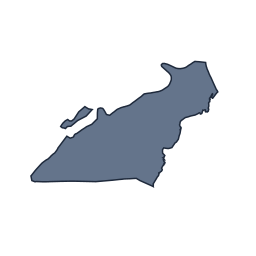 the district of Al Munirah, Al Hudaydah, Yemen, rotated 215°
{"feature_id": "15242507B73593637520404", "entity_name": "Al Munirah", "entity_type": "district", "adm_level": 2, "iso_a3": "YEM", "parent_name": "Yemen", "parent_adm1": "Al Hudaydah", "projection": "natural_earth1", "projection_center": [42.864, 15.354], "detail": "fine", "context": "isolated", "style": "filled", "palette": "slate", "viewbox_px": 256, "rotation_deg": 215, "n_neighbors": 0, "source": "geoboundaries", "source_scale": "gbopen_adm2", "svg_char_len": 5130}
<svg xmlns="http://www.w3.org/2000/svg" viewBox="0 0 256 256"><g transform="rotate(215 128 128)"><path d="M73.7,94.5L74.3,95.1L74.4,95.6L74.6,96.0L75.3,96.5L75.7,102.8L75.9,104.6L75.7,106.5L76.1,107.6L76.5,108.7L76.9,108.7L77.0,108.9L76.6,109.2L76.3,109.8L76.4,110.3L76.1,111.1L75.8,111.7L75.9,113.3L76.3,113.8L77.5,114.4L77.8,117.6L77.6,117.8L77.5,118.0L77.5,118.3L78.0,118.9L78.1,119.8L77.9,119.9L77.6,119.4L77.5,119.5L77.5,119.8L77.6,120.1L78.0,120.8L78.0,121.0L79.3,121.2L79.9,121.6L80.2,121.9L80.6,122.1L80.9,122.7L81.0,122.8L80.9,122.9L80.7,122.8L80.4,122.7L80.2,122.7L80.2,122.8L80.3,122.8L80.2,122.9L80.0,123.0L79.9,123.0L80.0,123.1L79.9,123.4L79.9,123.5L80.0,123.2L80.3,122.9L80.6,122.9L80.9,123.0L81.1,123.2L81.2,123.3L81.3,123.4L81.4,123.5L81.5,123.6L81.8,123.8L82.0,123.8L81.9,123.9L81.7,123.9L81.7,124.0L81.6,123.9L81.5,123.7L81.4,123.7L81.5,123.8L81.7,124.0L81.8,124.3L81.7,124.5L81.9,124.7L81.8,124.8L81.8,125.0L81.8,125.5L82.0,125.9L82.0,126.0L82.1,126.4L82.1,126.6L85.1,127.2L86.2,128.5L87.3,130.1L87.3,132.2L86.2,132.7L84.6,133.5L83.3,134.2L82.0,135.6L81.1,136.8L80.8,137.1L80.9,142.0L80.9,142.8L80.3,144.3L80.3,145.2L80.3,147.7L81.6,150.9L82.3,153.4L83.6,156.2L83.8,156.5L84.0,156.5L84.3,156.4L84.4,156.6L84.2,156.9L84.0,157.1L84.2,157.7L84.4,157.7L84.7,157.9L85.2,157.6L84.8,158.1L84.7,158.2L84.5,158.3L84.9,158.9L85.3,159.0L86.1,159.1L87.6,160.1L87.7,160.8L87.9,161.2L88.5,162.4L88.8,163.4L88.6,164.9L88.2,165.9L87.6,167.9L87.0,169.5L86.1,170.5L85.0,171.8L83.7,173.6L82.0,175.5L80.5,177.1L79.0,179.7L78.3,181.4L77.4,181.5L77.0,181.3L76.7,181.0L76.0,181.8L75.9,182.4L76.0,182.9L76.5,184.0L76.6,184.6L76.6,184.9L76.8,185.4L76.5,185.4L76.4,185.6L76.0,186.3L75.7,186.6L75.5,186.8L75.4,187.0L75.0,187.2L74.8,187.0L74.6,186.7L74.3,186.3L74.1,185.8L73.8,185.7L73.2,186.1L72.7,186.4L72.3,186.9L72.1,186.9L72.1,187.2L71.9,187.9L72.2,188.4L72.4,189.2L72.7,189.8L73.2,190.0L73.7,190.3L74.4,192.4L75.2,193.4L75.8,194.3L76.3,194.6L76.5,195.4L76.1,196.4L76.6,197.3L77.2,197.7L77.1,198.5L77.4,198.6L77.7,198.5L77.9,198.5L78.3,199.3L77.9,200.0L78.1,200.2L78.2,200.5L78.0,201.0L78.3,201.5L78.3,202.6L78.6,203.6L78.6,204.0L78.4,204.5L78.1,204.4L77.8,203.6L77.8,203.2L77.6,202.0L77.3,201.2L76.9,201.1L76.7,201.2L76.4,200.9L75.9,200.8L75.7,201.0L75.5,206.8L75.4,207.8L75.2,209.1L75.8,209.4L76.0,209.5L75.9,209.5L76.0,209.6L76.7,209.9L77.1,210.0L78.1,210.4L79.4,211.2L84.2,214.0L85.5,214.8L89.0,216.9L90.6,217.7L92.5,218.8L94.4,220.1L97.2,221.8L98.4,222.8L99.3,223.4L99.7,223.8L100.0,224.1L100.3,224.4L100.6,224.6L101.2,225.3L102.0,226.2L104.6,224.8L108.4,222.7L108.7,222.5L109.0,222.3L110.0,221.7L111.4,220.9L112.3,218.9L112.5,218.5L112.8,217.5L113.3,216.2L113.8,215.0L114.2,214.2L115.1,211.5L115.9,210.1L117.1,208.6L119.1,206.7L121.1,205.4L123.1,204.5L129.0,203.5L132.1,202.9L135.3,201.7L136.7,200.6L136.9,199.4L136.9,198.7L135.7,197.8L132.7,197.4L129.2,197.0L128.0,196.8L126.9,196.8L125.7,196.5L124.2,196.1L123.1,195.6L122.2,195.0L121.3,194.0L120.1,192.1L119.5,189.6L119.1,187.8L119.1,185.4L119.5,184.0L120.9,180.5L121.1,180.0L121.6,178.7L122.3,177.6L122.9,176.6L124.1,175.1L125.6,173.7L126.3,172.9L127.8,171.5L129.8,169.4L130.8,168.6L132.1,167.4L133.2,166.3L134.3,165.2L134.6,164.2L134.8,163.4L135.2,161.4L136.3,158.4L136.8,156.8L137.6,154.3L137.8,153.7L138.7,151.2L138.9,150.4L139.6,148.2L139.9,147.5L140.1,147.3L141.4,145.5L142.1,144.7L142.6,144.0L142.7,143.9L143.1,143.4L143.8,142.7L144.3,142.0L144.8,141.4L145.2,140.9L145.8,140.0L146.4,138.9L147.0,138.1L147.1,137.8L147.5,137.1L147.9,136.0L147.9,135.9L148.8,132.8L149.1,132.0L149.2,131.8L149.4,131.0L149.6,130.4L150.3,127.9L153.4,126.7L156.4,128.2L158.2,129.0L159.0,129.3L159.9,129.5L160.4,129.4L162.1,128.6L163.5,126.8L163.5,125.9L161.9,123.1L160.7,121.3L160.6,121.2L159.2,119.1L158.4,118.0L159.8,110.2L162.7,105.3L162.9,104.8L163.3,103.6L164.9,99.7L165.2,98.7L166.9,93.9L167.3,93.5L167.5,93.2L167.9,92.2L167.9,91.3L167.9,90.9L167.5,89.7L167.9,88.7L169.5,86.6L169.8,86.5L171.0,86.4L171.8,86.3L172.0,86.3L173.4,86.2L173.9,71.4L173.6,70.0L173.6,69.5L173.6,67.6L173.7,65.5L173.7,65.4L174.3,63.9L174.7,62.4L174.7,62.2L175.0,61.1L175.2,59.2L175.5,58.0L175.5,57.7L175.8,56.6L176.3,55.6L176.6,55.1L177.4,52.8L178.3,50.0L178.3,49.9L178.6,48.0L179.4,41.6L179.6,39.7L179.9,33.9L180.0,33.0L179.5,32.6L178.5,31.6L176.6,29.8L173.3,30.6L172.5,31.5L166.9,35.1L165.1,36.4L162.4,38.3L161.1,39.4L160.9,39.5L155.5,43.5L154.0,44.6L153.1,45.3L152.0,46.1L151.9,46.2L151.3,46.6L148.3,48.8L144.3,51.7L141.4,53.7L134.1,58.6L123.6,65.6L121.7,67.2L110.7,76.4L105.1,81.3L104.9,81.4L104.5,81.8L103.5,82.6L103.0,83.1L101.6,84.3L97.5,87.4L93.9,90.3L92.3,91.5L89.7,91.7L88.1,91.8L75.7,94.2L73.7,94.5ZM175.6,120.8L177.1,114.9L177.6,113.0L177.6,112.9L177.3,104.5L178.2,101.5L180.0,100.2L180.7,100.3L180.8,100.3L182.2,100.4L182.3,100.4L183.4,98.0L183.5,97.8L184.1,94.6L184.1,91.9L184.0,90.6L182.0,90.5L180.2,91.4L179.0,91.6L178.9,92.0L178.8,92.4L178.8,92.6L178.6,93.8L178.5,94.4L178.0,94.9L176.1,96.5L175.8,96.8L175.2,99.2L175.0,99.7L174.0,103.5L173.5,105.3L169.1,113.8L167.9,122.6L169.7,121.8L171.3,121.0L171.6,121.0L174.6,120.8L175.6,120.8Z" fill="#64748b" stroke="#1e293b" stroke-width="1.5"/></g></svg>